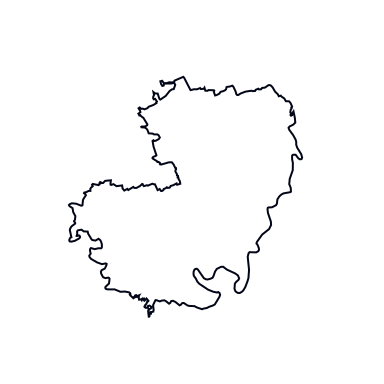 the district of Gopalganj, Dhaka, Bangladesh, rotated 239°
{"feature_id": "16705992B87804307332289", "entity_name": "Gopalganj", "entity_type": "district", "adm_level": 2, "iso_a3": "BGD", "parent_name": "Bangladesh", "parent_adm1": "Dhaka", "projection": "orthographic", "projection_center": [89.898, 23.107], "detail": "fine", "context": "isolated", "style": "outline", "palette": "ink", "viewbox_px": 384, "rotation_deg": 239, "n_neighbors": 0, "source": "geoboundaries", "source_scale": "gbopen_adm2", "svg_char_len": 5987}
<svg xmlns="http://www.w3.org/2000/svg" viewBox="0 0 384 384"><g transform="rotate(239 192 192)"><path d="M208.8,320.5L207.9,318.6L206.3,317.4L206.4,316.2L207.3,316.1L207.9,317.3L209.7,317.3L211.8,319.1L212.3,320.4L213.3,320.7L213.3,321.5L213.6,321.8L217.5,322.3L219.8,321.9L221.5,319.2L224.6,319.3L227.9,317.8L228.9,317.7L229.4,315.7L231.7,315.9L235.2,314.9L240.1,315.0L242.5,314.5L243.7,313.6L244.2,312.5L243.9,308.3L245.1,305.7L244.5,304.0L245.5,302.2L246.4,302.0L246.8,299.1L246.1,298.2L247.3,295.8L248.2,295.1L250.5,289.5L251.4,284.4L251.3,281.8L251.8,280.7L253.0,280.4L255.9,281.2L261.1,281.7L262.4,281.3L263.0,278.5L264.1,276.1L264.1,275.6L262.5,274.1L262.2,272.8L262.3,270.9L263.1,268.3L262.8,267.0L262.2,266.3L262.4,263.0L262.9,261.5L266.6,262.3L267.4,263.3L267.9,263.2L270.9,258.6L270.7,257.5L272.0,255.6L275.0,256.4L274.4,255.2L275.7,252.6L276.9,252.5L277.5,249.1L279.0,246.7L280.1,243.2L294.0,244.1L295.2,243.8L296.4,234.9L296.4,234.2L295.3,233.4L296.5,230.8L297.8,229.0L298.2,226.9L299.4,224.5L300.1,223.9L302.7,223.7L303.2,221.9L300.4,221.1L298.2,221.2L297.8,222.5L298.9,223.5L298.9,224.6L295.7,230.1L294.7,232.9L292.4,232.8L289.6,229.3L290.3,227.7L290.1,224.8L287.9,219.0L287.5,212.5L288.1,212.1L289.5,212.2L294.0,213.3L295.5,211.1L297.5,210.4L294.7,209.4L293.6,207.8L292.1,206.9L291.1,207.0L290.8,208.4L287.5,208.5L287.3,207.5L286.5,207.3L286.5,203.6L287.4,198.8L286.8,197.0L287.3,193.9L288.8,192.7L289.4,191.4L291.4,190.7L291.3,189.3L288.2,189.3L286.9,188.8L286.8,186.4L284.7,186.3L284.5,187.3L283.2,187.4L280.6,188.5L272.9,188.6L272.3,187.9L272.4,185.4L274.0,182.6L274.0,182.1L273.5,182.0L271.7,184.6L270.2,185.5L268.3,185.8L264.6,185.1L262.2,188.5L261.0,189.0L259.1,192.1L257.7,192.6L255.3,192.5L254.5,190.9L254.6,187.4L255.2,185.8L256.2,185.6L256.1,184.5L250.7,182.4L241.8,180.4L241.6,179.2L242.1,177.1L241.6,175.7L241.0,175.5L236.3,177.9L235.5,177.8L235.1,178.7L234.0,179.4L233.0,179.5L232.7,178.9L231.9,179.0L231.2,180.4L229.4,187.3L227.9,190.0L225.3,190.4L220.4,190.0L220.4,190.4L219.7,190.1L218.8,188.7L217.9,188.3L215.2,188.3L213.9,187.6L213.1,188.3L211.8,187.8L211.6,187.2L210.9,187.6L209.5,187.1L207.6,187.2L205.1,186.2L205.9,182.9L206.4,182.7L207.3,183.1L207.5,179.2L208.2,176.8L207.4,175.6L207.3,174.7L208.2,173.1L209.0,172.9L208.8,171.5L209.1,169.2L208.4,168.5L208.3,166.9L208.8,166.0L211.2,165.8L211.3,163.5L217.7,164.2L218.3,163.2L219.5,162.3L220.2,157.4L221.0,156.9L221.8,153.8L223.5,153.5L224.0,153.8L224.6,153.4L223.9,150.5L224.1,146.4L225.3,144.6L226.6,144.3L226.5,138.4L228.0,138.2L228.1,134.7L230.8,134.3L233.6,135.5L235.9,130.3L239.2,128.7L239.7,126.3L240.2,126.0L241.0,126.3L243.8,128.5L246.3,123.3L245.5,120.4L245.9,119.7L247.1,118.9L246.4,118.6L246.5,117.6L247.0,118.3L247.6,117.8L247.1,117.0L246.2,116.5L246.0,115.5L250.0,111.1L249.7,110.0L248.1,109.9L247.7,107.7L247.1,106.5L245.3,105.5L246.2,103.9L246.3,101.6L247.0,99.3L246.6,98.8L245.1,99.5L243.9,99.4L241.9,95.3L241.1,94.3L237.0,91.2L237.3,90.0L241.6,86.7L244.2,83.2L244.5,81.1L244.2,79.8L242.8,79.8L239.7,81.3L235.8,79.8L231.4,79.6L228.5,77.4L227.7,75.8L225.9,76.0L225.1,75.6L224.6,71.1L223.5,68.9L222.4,67.7L215.3,65.3L215.6,64.4L214.7,62.8L213.8,61.9L212.7,61.7L211.6,63.0L210.5,66.3L210.3,71.5L211.0,72.9L212.5,73.1L213.2,72.5L213.4,70.9L213.8,70.5L215.0,71.9L217.5,73.3L217.9,74.5L216.6,77.9L214.0,78.9L211.8,82.2L209.7,81.5L203.3,81.5L202.2,81.8L200.1,84.2L200.0,87.8L197.8,88.6L196.0,88.4L193.6,87.8L191.2,86.4L190.7,85.8L190.6,84.9L192.0,82.8L193.1,79.2L196.0,76.5L195.7,75.5L194.6,74.5L191.4,73.4L190.3,71.1L189.2,70.7L186.7,71.0L180.5,74.4L176.5,77.7L175.2,81.3L174.3,81.8L173.2,80.8L171.3,77.9L171.5,74.2L170.5,72.8L168.8,72.1L164.7,71.9L162.8,73.4L161.7,76.2L160.8,76.7L160.0,76.6L156.3,73.7L155.3,69.1L154.5,68.3L153.5,68.2L152.2,69.2L148.4,75.5L143.3,79.3L141.3,83.1L138.5,86.3L137.2,86.9L136.3,86.7L136.2,85.9L135.2,85.9L131.1,87.0L131.2,87.9L131.9,88.2L131.8,88.7L132.6,89.9L132.4,91.0L131.8,91.1L131.7,89.7L130.8,89.8L130.7,90.7L131.1,90.4L131.2,90.8L130.7,93.5L130.1,92.3L129.6,92.4L129.2,91.7L128.6,91.9L127.0,91.2L126.1,93.2L125.4,93.2L126.0,93.8L125.4,94.3L126.1,95.0L125.7,95.4L124.7,95.1L125.0,95.9L123.4,95.7L124.2,98.1L121.2,98.6L120.8,97.9L121.2,97.2L119.7,95.5L119.2,93.7L118.5,93.5L118.4,92.3L117.8,92.1L116.6,92.6L116.0,93.7L115.9,94.9L116.9,95.6L116.5,97.1L114.5,98.0L113.5,97.2L113.4,95.4L114.1,94.4L112.9,94.0L112.8,93.3L112.4,93.0L107.4,90.7L107.2,91.0L107.5,91.7L110.5,93.4L110.5,94.1L109.1,93.7L108.8,94.1L110.0,95.3L109.4,97.2L110.7,98.4L115.1,100.4L118.0,104.8L118.0,105.4L114.8,108.1L114.5,110.1L113.4,112.5L111.7,113.5L108.1,114.8L108.1,116.1L109.2,118.0L108.5,119.7L106.2,121.2L101.2,123.0L101.1,124.1L101.8,126.5L101.1,127.8L97.1,129.7L95.9,130.8L92.9,135.3L90.3,136.9L86.3,140.3L86.2,141.6L84.9,145.0L84.8,147.4L83.9,151.7L83.9,153.7L88.0,161.5L89.3,163.1L91.2,163.6L92.8,162.9L92.9,161.7L95.6,158.8L100.0,155.5L109.5,151.0L112.5,150.4L115.7,150.7L119.2,150.4L121.2,151.2L122.9,152.4L124.1,154.0L124.3,155.2L123.7,156.6L122.5,157.1L111.9,157.8L109.9,159.1L109.0,160.3L108.1,163.3L107.9,165.4L108.7,166.9L112.0,170.9L113.3,173.7L112.9,178.3L111.9,180.2L107.6,181.9L99.9,187.1L96.8,188.4L93.6,187.9L92.8,186.7L92.1,183.2L91.3,181.5L87.2,178.6L84.4,178.1L82.0,179.2L80.8,181.0L80.8,183.7L81.4,185.7L83.2,188.9L86.9,193.6L89.2,196.1L95.9,200.8L107.8,206.4L110.4,209.0L110.8,210.3L107.2,215.9L107.1,218.3L107.9,219.6L109.5,220.4L113.3,221.0L114.6,220.7L115.7,221.8L119.4,230.3L120.5,238.9L123.0,242.8L126.1,244.4L134.9,246.3L138.4,247.9L139.4,248.8L139.3,249.8L137.7,252.6L137.4,257.3L138.3,258.8L141.7,261.4L143.3,264.7L143.8,267.3L143.7,269.7L141.3,276.0L141.3,277.0L144.8,278.8L148.7,279.4L153.0,282.6L158.8,289.6L164.9,293.4L168.6,294.7L171.5,296.5L171.9,297.2L171.8,298.0L170.6,300.0L166.0,300.5L164.4,301.4L163.8,302.8L164.7,304.1L168.1,305.1L175.8,305.0L178.9,305.7L181.2,307.1L183.5,307.8L188.5,308.0L195.2,307.4L197.3,307.8L197.9,309.4L197.6,313.6L198.3,316.3L203.0,318.5L208.8,320.5Z" fill="none" stroke="#020617" stroke-width="2"/></g></svg>